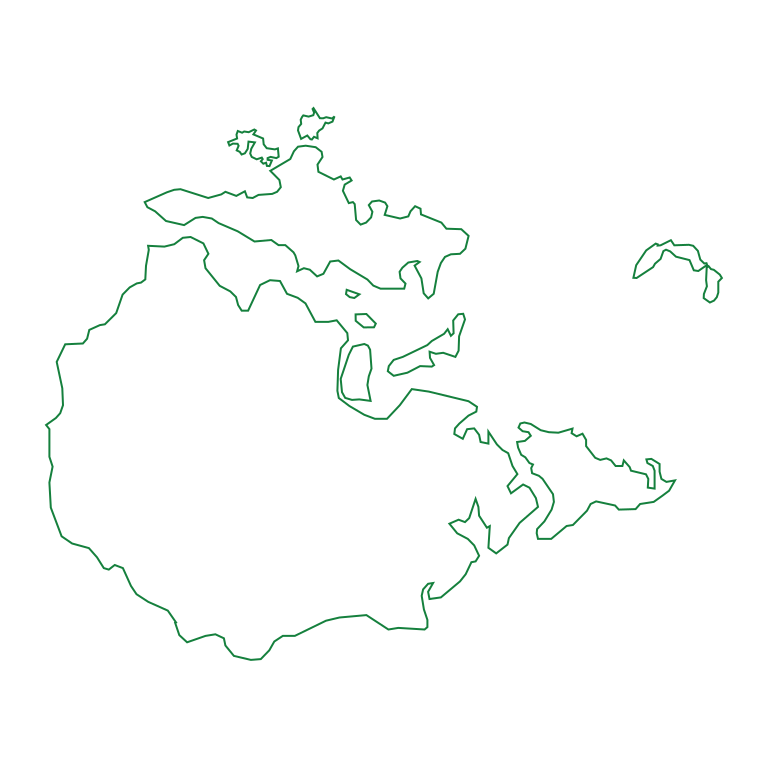 Semporna, Sabah, Malaysia
{"feature_id": "92858781B783004455088", "entity_name": "Semporna", "entity_type": "district", "adm_level": 2, "iso_a3": "MYS", "parent_name": "Malaysia", "parent_adm1": "Sabah", "projection": "robinson", "projection_center": [118.52, 4.527], "detail": "fine", "context": "isolated", "style": "outline", "palette": "green", "viewbox_px": 768, "rotation_deg": 0, "n_neighbors": 0, "source": "geoboundaries", "source_scale": "gbopen_adm2", "svg_char_len": 6117}
<svg xmlns="http://www.w3.org/2000/svg" viewBox="0 0 768 768"><path d="M176.0,622.4L175.1,622.7L179.3,635.1L187.1,642.3L205.5,635.9L215.4,634.3L223.9,638.3L225.4,645.5L233.9,655.9L250.9,659.9L260.8,659.1L269.3,650.3L274.3,641.5L282.8,635.9L294.8,635.9L326.0,620.7L339.5,617.5L366.4,615.1L388.4,629.5L398.3,627.9L424.6,629.5L427.4,627.1L427.4,619.9L423.9,609.4L421.7,595.8L423.1,589.4L428.1,583.8L433.1,583.0L428.1,591.8L429.5,599.0L440.9,597.4L460.0,581.4L465.7,574.2L471.4,562.2L475.6,561.4L479.1,555.8L474.2,545.4L467.8,538.9L457.2,533.3L449.4,523.7L458.6,519.7L465.0,522.1L469.2,518.1L475.6,498.9L478.4,506.9L479.1,515.7L486.9,527.7L489.8,526.1L488.4,547.8L496.2,553.4L507.5,544.6L508.9,538.1L519.6,522.9L538.0,506.9L535.9,498.1L529.5,487.7L523.1,484.5L511.0,493.3L507.5,486.1L517.4,474.1L512.5,466.0L508.2,453.2L502.5,450.0L496.9,444.4L488.4,431.6L488.4,443.6L480.6,442.0L479.1,434.8L474.2,428.4L467.1,429.2L462.8,438.8L454.3,434.0L455.0,428.4L459.3,423.6L468.5,415.6L476.3,411.6L477.0,406.8L468.5,401.2L428.8,391.6L411.8,389.1L399.8,405.2L387.0,418.8L374.9,418.8L364.3,414.8L349.4,406.0L338.8,398.0L337.4,390.8L338.1,369.9L340.9,348.3L348.0,340.3L347.3,333.1L336.7,320.3L328.2,321.9L315.4,321.9L305.5,303.4L297.7,297.8L287.0,293.8L280.0,281.0L270.0,280.2L260.1,285.0L248.1,310.7L241.7,310.7L238.1,305.0L236.0,297.0L230.3,291.4L219.7,285.8L205.5,268.2L204.1,260.2L208.4,253.8L203.4,243.4L190.6,237.0L182.8,237.8L174.3,244.2L164.4,246.6L148.1,245.8L148.8,249.8L146.0,265.8L145.3,279.4L141.0,282.6L136.8,283.4L129.7,287.4L122.6,294.6L116.2,313.1L104.9,324.3L99.9,325.1L89.3,329.9L87.1,338.7L82.9,343.5L65.2,344.3L56.7,361.9L62.3,388.3L63.0,405.2L60.2,413.2L55.9,418.0L46.1,425.0L49.4,429.1L49.4,456.8L52.6,466.6L49.4,482.5L50.8,507.6L61.6,536.3L72.1,543.5L88.9,548.1L97.0,557.3L103.8,568.1L108.8,569.6L114.7,565.0L122.9,568.1L131.0,586.0L136.5,594.2L148.3,601.9L167.8,610.6L176.0,622.4ZM333.9,179.5L318.4,171.8L317.5,164.6L322.5,157.0L321.6,151.8L315.7,147.2L305.7,145.7L298.0,146.7L293.9,151.3L290.3,159.0L270.3,170.8L279.4,180.0L280.8,187.2L277.1,191.8L272.2,193.9L258.5,194.9L252.7,198.0L247.2,197.4L244.9,191.3L236.3,195.9L225.4,191.8L221.3,194.4L208.2,198.0L180.5,189.2L174.2,189.8L166.9,192.3L144.7,202.1L147.4,207.2L155.1,211.3L166.0,221.0L184.1,225.1L195.5,217.9L202.7,216.9L211.8,218.5L218.6,223.1L237.7,231.3L254.5,241.5L271.3,240.0L278.5,245.1L285.3,245.1L293.5,252.3L295.3,255.4L298.5,266.1L297.1,271.3L303.9,268.2L309.8,269.7L317.1,276.4L323.4,273.8L330.2,261.5L338.4,260.5L350.2,269.2L367.4,279.5L373.3,285.6L380.6,288.7L404.2,288.7L405.5,283.6L400.5,278.4L399.6,271.8L402.4,267.7L408.3,262.5L417.3,261.0L419.6,262.0L414.6,265.6L421.4,278.4L423.7,293.3L428.2,298.4L433.7,293.8L437.7,271.8L440.9,263.0L445.0,256.9L450.9,254.3L460.0,253.8L465.4,248.7L468.6,235.9L461.3,229.2L446.4,228.7L441.4,222.6L421.0,214.4L420.5,208.7L415.1,206.2L410.5,211.3L408.3,216.4L400.1,218.5L384.7,214.9L387.4,206.2L385.1,202.6L379.2,200.5L372.0,201.5L368.8,205.1L372.4,211.8L371.1,217.4L366.1,222.6L360.6,224.6L356.1,220.0L354.7,204.1L352.9,202.1L348.8,203.1L342.9,190.8L344.7,184.6L351.6,180.5L349.7,177.5L342.5,179.5L340.7,176.4L333.9,179.5ZM548.9,432.2L540.7,430.2L530.8,424.0L524.4,422.5L520.3,423.5L518.5,427.6L522.6,431.2L528.5,432.2L530.8,435.8L524.9,440.9L517.1,442.0L518.1,447.6L521.2,454.8L525.3,457.3L529.4,463.0L533.0,464.5L531.2,468.1L532.1,473.2L538.9,475.8L542.6,478.9L553.0,494.2L553.9,501.9L551.6,509.6L544.4,521.4L537.1,529.1L536.7,533.2L538.0,538.9L551.2,538.9L566.6,526.0L572.9,525.0L587.0,510.7L590.6,504.0L596.1,501.4L615.1,505.5L618.8,509.6L635.6,509.1L640.1,504.0L653.7,501.9L662.3,495.8L669.1,490.7L675.0,480.4L666.4,481.9L661.4,478.9L659.6,471.7L659.6,464.0L651.4,458.9L646.4,459.4L647.4,463.0L652.8,466.0L654.6,470.7L654.6,488.6L647.8,487.6L648.3,478.9L646.0,474.3L631.0,470.7L629.7,467.1L623.8,460.4L622.4,466.0L615.6,466.0L611.1,460.4L606.5,458.4L600.2,459.9L595.2,457.8L586.1,446.1L586.1,439.9L582.5,433.7L576.6,436.3L571.6,433.2L572.5,428.6L558.4,432.7L548.9,432.2ZM459.1,336.3L465.0,319.4L463.2,313.8L458.2,314.3L453.2,320.5L453.6,333.3L450.9,335.8L447.7,329.2L444.1,333.8L431.8,341.0L427.3,345.1L402.8,356.9L393.7,359.9L388.8,366.1L387.8,371.2L393.7,375.8L407.4,372.7L420.1,366.1L431.8,366.6L434.1,365.1L430.0,357.9L429.6,351.7L435.9,353.8L443.2,352.8L455.4,356.9L458.6,350.7L459.1,336.3ZM367.4,385.0L368.8,376.3L371.5,368.6L370.1,349.7L367.9,345.6L364.3,344.0L352.9,346.6L348.8,354.8L340.7,378.9L342.0,392.2L345.2,397.9L352.0,399.9L359.3,399.4L370.6,400.9L367.4,385.0ZM674.3,245.3L670.9,240.2L660.6,245.3L657.6,245.6L657.8,244.4L655.7,243.6L646.2,250.4L636.2,265.2L633.4,277.8L636.6,278.0L653.1,267.1L655.0,263.7L660.6,258.9L663.4,251.1L666.0,249.7L670.2,251.4L676.0,256.7L689.5,260.1L693.8,270.3L698.3,271.0L707.1,264.9L706.5,263.2L704.3,263.5L700.3,259.6L697.9,250.9L693.2,245.8L688.9,244.8L674.3,245.3ZM256.0,130.5L254.3,129.5L248.7,132.2L244.2,131.5L242.1,132.7L237.8,131.0L236.5,134.6L237.1,138.5L228.1,142.1L229.4,145.5L232.9,143.6L237.6,143.8L238.6,145.8L236.7,150.4L239.7,151.8L241.6,154.5L244.9,153.3L247.7,148.9L248.5,141.6L254.9,142.4L251.3,148.7L250.2,153.5L251.7,156.9L256.7,159.3L261.8,157.6L262.7,159.1L260.9,161.3L263.3,163.7L266.1,162.7L266.9,165.9L269.5,166.1L271.9,160.5L267.6,159.8L267.6,158.1L270.6,156.9L276.4,158.1L278.7,156.7L277.9,148.4L274.9,149.4L266.7,148.2L263.7,144.3L263.1,138.5L253.4,134.4L256.0,130.5ZM319.9,118.2L313.5,108.1L312.6,109.0L314.1,112.7L313.3,115.2L308.6,116.6L303.3,115.4L302.1,116.9L300.7,119.7L301.2,123.9L298.5,127.1L298.0,130.4L301.1,138.9L307.3,135.5L310.4,139.2L311.9,139.5L314.0,136.8L317.6,138.3L317.3,133.0L319.1,130.6L322.5,128.4L325.5,122.6L328.3,123.4L332.5,121.6L334.5,116.4L332.1,118.5L326.2,117.2L323.1,118.3L319.9,118.2ZM714.0,300.6L716.8,297.2L718.3,292.6L718.3,281.7L721.9,278.0L719.8,274.6L713.8,269.8L711.0,269.1L708.6,266.2L706.7,267.6L706.1,280.2L706.9,286.3L703.9,294.0L703.7,298.1L709.9,302.5L714.0,300.6ZM366.4,314.0L355.6,314.4L355.7,320.8L363.7,327.4L374.0,327.3L375.8,323.6L366.4,314.0ZM354.3,298.0L359.4,294.3L346.7,289.8L346.0,294.1L349.7,297.1L354.3,298.0Z" fill="none" stroke="#15803d" stroke-width="2"/></svg>